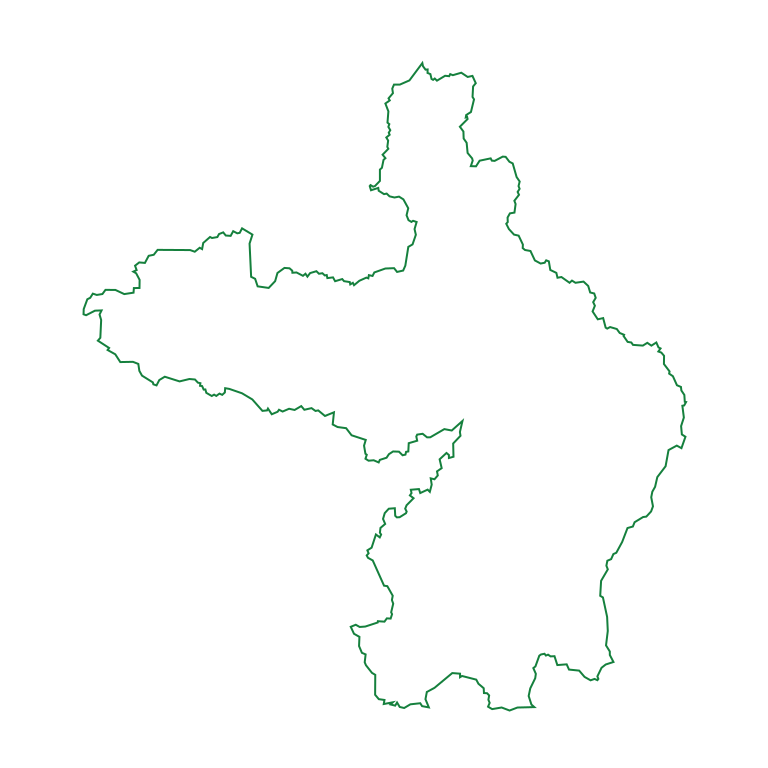 outline of Chimaltitán, Jalisco, Mexico, rotated 3°
{"feature_id": "50627088B46127437383593", "entity_name": "Chimaltitán", "entity_type": "district", "adm_level": 2, "iso_a3": "MEX", "parent_name": "Mexico", "parent_adm1": "Jalisco", "projection": "albers", "projection_center": [-103.699, 21.741], "detail": "fine", "context": "isolated", "style": "outline", "palette": "green", "viewbox_px": 768, "rotation_deg": 3, "n_neighbors": 0, "source": "geoboundaries", "source_scale": "gbopen_adm2", "svg_char_len": 6110}
<svg xmlns="http://www.w3.org/2000/svg" viewBox="0 0 768 768"><g transform="rotate(3 384 384)"><path d="M83.3,314.9L80.2,324.9L80.3,330.1L82.9,330.9L91.5,325.9L98.1,325.3L96.3,329.5L98.2,334.9L98.3,352.7L96.0,355.7L107.6,362.4L106.2,364.5L114.1,368.4L119.5,375.9L132.1,375.0L137.6,376.8L139.0,383.7L141.9,388.3L153.1,394.5L153.7,396.4L156.9,397.3L159.4,391.8L164.7,388.2L179.7,392.1L189.4,389.2L195.0,389.4L198.1,392.4L200.6,392.8L200.4,395.4L202.5,395.6L204.2,399.0L205.9,398.8L207.0,402.1L212.6,405.0L214.9,403.5L217.1,404.7L220.2,402.2L223.0,403.3L225.5,400.8L225.6,396.5L229.8,397.0L242.7,400.7L253.3,406.3L264.0,417.2L268.6,416.5L269.4,414.6L273.5,420.1L279.2,417.3L280.5,415.2L284.2,416.8L290.5,413.7L296.1,414.6L302.5,410.4L305.8,413.9L312.9,411.9L317.0,414.5L319.7,413.8L326.7,419.0L335.5,414.9L334.9,427.1L339.9,429.4L348.5,430.1L354.3,436.9L368.7,440.8L367.3,446.6L369.1,454.6L370.5,455.6L369.4,459.6L372.6,461.4L377.7,460.7L382.8,462.6L383.8,460.0L390.4,457.5L392.6,453.8L396.6,450.9L402.5,450.8L406.3,454.2L409.1,453.4L409.6,450.6L411.8,450.1L411.8,441.8L420.1,438.9L419.0,434.7L419.8,432.8L425.2,431.7L429.8,435.0L433.0,434.8L446.6,425.9L454.1,426.9L464.3,416.8L462.3,428.0L463.1,431.7L456.2,439.8L457.2,453.0L452.7,454.5L452.5,451.5L450.0,449.6L443.5,456.3L446.0,465.0L441.5,468.5L442.5,472.5L439.4,476.5L435.6,475.8L436.9,482.0L435.4,489.3L433.1,487.2L425.9,491.0L424.4,487.1L416.3,488.2L417.2,491.5L415.7,493.9L419.5,496.5L412.9,503.9L411.7,507.4L413.3,510.2L412.7,511.9L406.6,516.2L403.8,516.5L402.1,515.0L401.3,507.5L395.3,508.3L391.5,512.9L390.1,518.8L392.5,523.7L388.0,527.9L387.7,532.7L389.0,534.5L387.8,537.4L383.8,534.7L380.2,548.1L376.1,551.0L377.5,553.9L375.7,556.1L377.1,558.4L382.0,560.8L394.6,585.4L397.9,585.7L403.8,595.0L403.2,599.3L404.7,602.9L403.1,611.6L404.1,613.4L402.9,617.9L399.1,617.9L396.9,621.3L390.3,621.2L390.2,622.5L378.0,627.2L372.4,627.9L368.4,625.9L363.5,628.2L367.1,635.0L372.7,637.8L372.8,647.0L376.0,653.6L379.8,655.0L379.3,662.9L380.7,665.8L387.1,673.1L390.5,674.9L391.4,694.8L395.3,699.0L401.0,699.5L400.5,703.6L409.5,701.4L407.3,703.7L412.0,704.6L413.7,701.4L416.6,705.7L421.1,706.5L427.1,702.5L436.9,700.9L438.9,703.7L445.7,704.6L441.9,696.6L442.9,689.3L450.3,684.8L467.3,669.1L475.1,669.3L475.3,672.8L477.2,671.5L491.6,674.4L494.0,678.4L499.5,682.6L500.0,687.4L503.1,687.4L505.3,689.5L504.8,693.9L506.2,696.9L504.8,700.8L509.0,703.0L518.4,700.9L526.5,703.5L534.2,700.1L551.0,698.8L548.0,696.4L544.8,688.0L546.0,680.3L550.4,669.9L550.8,665.5L548.0,659.9L550.0,658.1L553.3,647.2L554.9,645.9L558.4,645.0L559.9,646.7L562.0,645.7L564.6,647.3L568.5,646.9L571.8,655.6L581.1,654.4L583.7,659.5L593.9,660.0L599.6,666.0L605.8,669.1L609.7,667.5L612.6,668.6L613.5,667.3L612.4,664.8L616.1,656.0L620.1,652.5L627.7,649.6L623.7,642.8L623.5,639.3L619.4,633.4L620.4,618.9L619.0,604.9L613.8,585.7L611.0,584.2L611.1,569.2L617.2,557.4L615.6,553.8L616.3,548.8L620.0,547.0L622.0,541.8L624.8,540.4L630.1,529.3L634.7,515.1L640.0,513.3L641.5,508.9L649.7,503.3L652.9,502.7L657.4,497.3L659.0,492.1L656.8,483.1L657.6,477.5L660.1,472.5L661.8,462.7L669.5,451.4L671.6,435.1L679.6,430.2L684.4,432.5L687.8,420.9L684.1,418.8L682.9,410.5L685.2,401.8L683.1,390.1L684.9,389.7L686.6,386.2L685.3,386.0L684.5,379.2L681.3,374.9L680.7,371.4L676.6,369.9L672.1,361.1L668.2,358.7L668.5,356.5L662.5,349.4L662.2,341.2L659.3,338.1L656.3,337.2L658.3,334.0L656.2,333.1L653.8,328.3L649.0,331.7L644.8,329.1L640.5,332.1L630.6,331.9L628.8,329.6L625.1,329.2L620.7,323.5L621.2,322.3L616.7,320.7L613.6,316.9L606.8,315.3L604.0,317.0L602.4,316.1L599.4,306.7L594.1,308.2L588.5,300.6L590.5,294.8L588.6,291.3L590.9,286.9L589.2,282.6L585.1,281.8L582.8,275.4L577.9,271.3L569.9,272.9L566.3,270.9L564.0,273.2L555.6,267.9L551.7,268.8L550.3,264.0L544.1,261.4L542.2,252.9L539.5,252.0L538.1,254.5L534.1,255.5L528.2,252.7L523.3,243.5L517.8,242.8L515.4,241.0L515.4,237.5L510.7,228.8L506.0,228.0L500.6,222.7L497.7,217.6L499.1,215.8L498.7,211.3L500.8,207.0L505.3,206.0L506.0,197.4L504.6,194.2L508.9,188.0L507.4,185.2L509.2,182.0L508.0,179.3L508.9,174.7L505.6,170.4L501.0,157.0L497.6,155.5L493.6,150.8L490.7,150.7L482.8,155.4L480.0,155.3L478.7,153.1L467.8,156.0L464.5,161.8L459.3,161.9L460.9,156.3L460.2,154.1L455.4,148.9L453.9,138.8L450.7,134.7L450.1,127.7L446.3,123.1L453.6,115.0L453.0,112.9L451.7,113.5L452.0,111.1L456.6,107.8L459.0,95.0L457.4,92.7L457.4,82.2L459.9,78.8L456.2,71.7L451.5,73.0L444.9,69.1L436.6,72.0L433.9,71.1L433.0,73.2L428.9,73.0L421.0,78.3L418.7,76.3L417.1,77.7L415.5,76.9L414.1,72.1L411.2,71.1L411.1,67.6L409.0,67.9L406.3,64.6L405.5,61.5L393.5,79.5L384.1,84.2L378.3,84.5L376.8,88.6L377.7,93.1L373.6,98.5L374.9,100.5L370.7,103.8L374.1,111.5L373.8,122.8L375.7,124.2L374.9,127.0L377.0,130.2L375.6,132.8L376.6,134.8L373.4,137.7L375.4,140.7L374.9,147.0L376.0,148.9L370.6,155.1L373.6,158.4L371.8,160.2L370.6,168.2L368.7,170.1L369.3,181.4L364.6,186.8L362.8,187.5L360.1,186.1L359.4,187.1L360.9,191.2L368.0,188.5L368.6,191.3L374.1,194.4L376.7,193.7L379.7,196.3L384.7,197.2L389.2,196.1L393.7,198.6L399.0,207.2L397.7,214.3L399.9,219.1L402.9,220.7L404.5,219.5L408.1,220.5L406.4,227.7L408.0,233.3L405.2,243.1L401.1,245.8L399.1,264.7L397.2,269.7L391.2,271.4L388.0,267.8L379.3,268.6L368.5,273.1L366.9,276.7L363.2,276.1L362.8,279.3L360.8,278.7L354.0,282.2L348.9,286.9L347.6,284.6L345.1,286.3L344.5,284.0L338.7,283.4L336.8,281.4L329.8,283.9L327.5,280.2L321.9,281.2L321.1,278.2L319.2,278.7L316.7,276.6L313.3,277.3L310.6,274.9L304.4,277.1L301.9,280.8L299.8,278.0L297.4,280.2L290.8,277.2L286.7,277.7L286.4,275.6L283.6,273.4L278.5,273.3L271.8,278.7L269.9,287.0L263.8,294.1L252.7,293.1L249.8,285.7L245.7,283.9L242.4,250.8L244.8,241.7L234.1,236.0L232.0,240.6L229.6,241.2L225.4,239.3L223.1,244.1L218.2,244.0L215.5,241.0L211.4,242.9L209.9,246.0L204.6,247.2L202.6,246.3L196.1,252.6L195.3,258.8L192.8,257.6L188.1,261.8L183.4,260.4L150.9,261.9L147.3,267.0L142.3,268.3L138.9,275.6L133.2,275.4L129.2,278.9L131.0,283.2L127.8,284.9L130.7,286.4L134.5,292.8L134.8,300.9L129.2,301.3L129.1,305.9L119.9,307.8L110.8,304.1L100.9,304.6L98.1,308.9L92.5,310.1L88.5,309.0L86.1,313.3L83.3,314.9Z" fill="none" stroke="#15803d" stroke-width="2"/></g></svg>